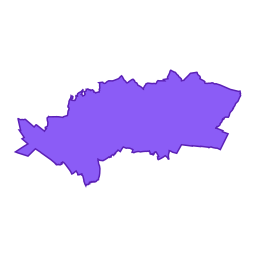 Scoarta, Gorj, Romania (Robinson projection)
{"feature_id": "2599482B81559571756333", "entity_name": "Scoarta", "entity_type": "district", "adm_level": 2, "iso_a3": "ROU", "parent_name": "Romania", "parent_adm1": "Gorj", "projection": "robinson", "projection_center": [23.445, 45.024], "detail": "fine", "context": "isolated", "style": "filled", "palette": "violet", "viewbox_px": 256, "rotation_deg": 0, "n_neighbors": 0, "source": "geoboundaries", "source_scale": "gbopen_adm2", "svg_char_len": 5577}
<svg xmlns="http://www.w3.org/2000/svg" viewBox="0 0 256 256"><path d="M85.8,185.7L85.9,185.3L86.2,185.2L86.2,184.8L86.6,184.5L87.4,184.4L87.8,184.7L88.7,184.3L88.8,183.8L89.3,183.7L89.2,183.6L89.2,183.2L89.5,183.2L89.7,182.5L90.0,182.7L90.4,182.6L90.1,182.3L90.7,182.2L91.3,181.6L91.7,181.6L91.9,182.0L92.2,182.1L92.6,181.7L93.2,181.8L93.4,181.5L93.7,181.5L93.6,182.0L94.1,182.0L94.1,181.7L94.3,181.7L94.8,181.8L94.8,181.6L96.0,181.5L97.0,180.5L97.3,180.1L98.5,179.7L98.6,178.0L99.1,176.9L99.4,175.6L99.7,173.4L99.9,168.7L99.5,165.9L98.7,164.0L98.4,161.8L98.0,160.5L98.0,159.2L99.8,160.3L103.0,160.7L103.4,160.4L104.9,159.7L108.1,157.6L109.0,156.9L109.6,157.4L110.0,157.0L110.5,157.1L111.1,157.0L111.2,156.7L110.9,156.1L111.3,155.6L113.0,154.5L113.7,155.3L114.0,154.7L115.4,153.6L115.0,153.2L117.5,150.8L118.0,150.1L120.3,151.6L122.0,148.7L123.3,147.0L126.2,148.2L127.1,148.0L129.8,148.2L132.9,149.6L132.1,152.3L132.7,152.3L133.9,152.7L134.9,152.2L137.1,151.6L138.9,151.5L140.3,151.9L143.0,151.5L145.7,151.3L146.8,151.4L147.5,151.2L148.4,151.2L148.7,151.4L149.4,151.0L150.1,152.6L150.0,152.9L150.2,153.9L150.7,154.0L151.1,154.3L151.5,154.2L151.9,153.8L152.8,153.9L152.7,154.2L152.6,154.6L153.2,154.9L153.4,154.7L153.1,154.5L153.9,154.1L154.1,153.3L154.5,153.0L154.3,152.6L154.5,152.4L154.8,152.2L155.1,152.3L155.4,151.9L155.8,152.1L156.1,152.0L156.7,152.9L158.6,156.4L157.5,156.9L157.7,157.2L157.7,158.8L158.3,159.6L160.4,158.7L163.4,157.0L165.2,155.7L167.4,157.5L168.3,159.1L168.9,158.9L168.5,157.5L168.4,155.3L168.6,153.9L169.2,151.9L169.2,150.6L170.3,150.9L172.6,152.2L176.7,153.3L181.5,144.7L192.4,146.1L192.4,145.7L200.6,146.6L200.7,146.3L208.3,147.2L208.9,147.7L210.4,147.0L211.5,147.0L211.9,147.3L213.5,147.7L215.6,148.1L217.3,148.2L220.3,149.6L228.1,133.8L222.4,131.7L222.9,130.7L216.7,128.3L215.8,128.2L215.9,127.8L216.5,127.3L216.9,127.2L216.9,126.8L217.0,126.5L217.9,126.6L218.2,126.5L219.7,125.2L220.1,124.5L220.1,123.6L220.6,123.3L220.6,123.0L221.8,121.8L222.2,120.5L222.4,120.3L222.3,120.1L222.5,119.4L222.8,119.8L223.4,119.1L223.6,119.2L223.9,119.0L223.9,118.8L224.1,118.6L224.0,118.0L224.9,117.4L225.5,117.1L228.4,117.2L229.2,115.6L229.7,113.5L230.4,112.2L232.3,110.1L233.3,108.5L233.0,108.3L234.6,106.0L235.1,105.0L235.6,103.6L238.0,101.2L239.7,97.2L240.6,95.7L240.1,93.7L240.5,93.6L240.0,91.1L238.6,91.4L230.3,89.4L220.4,85.1L216.0,83.7L215.3,83.9L214.2,83.8L212.9,82.9L211.5,82.9L210.3,83.3L208.7,83.2L207.5,83.4L205.3,83.3L204.9,83.1L204.7,82.5L204.8,81.6L203.9,80.9L199.9,78.7L200.3,77.6L199.9,76.3L199.3,75.9L197.8,74.5L197.4,73.6L197.1,72.5L196.9,72.3L190.4,73.3L188.3,75.6L184.8,79.1L183.8,80.4L183.4,80.3L181.5,80.8L181.4,79.4L181.1,78.6L180.2,77.9L179.9,77.4L178.9,76.8L178.5,76.1L178.3,75.5L177.3,74.8L176.4,73.8L176.0,73.1L175.4,72.7L174.9,72.1L174.0,72.0L174.1,72.3L173.3,71.5L172.6,71.3L171.0,70.3L170.6,70.3L170.1,71.1L169.6,72.9L168.4,75.5L167.6,76.8L167.5,77.4L167.9,78.7L163.5,79.5L164.7,80.8L159.1,80.8L158.0,80.6L157.0,81.6L156.5,82.9L155.8,83.7L154.1,83.4L152.2,83.6L147.8,83.1L147.1,83.5L146.3,83.6L146.0,83.8L145.5,84.9L144.4,86.3L144.0,87.3L143.6,87.8L143.4,88.4L143.4,89.2L143.2,89.1L142.3,88.0L140.5,86.5L139.6,86.2L139.2,85.8L138.0,85.3L137.3,83.9L136.7,82.9L135.6,82.5L134.8,81.7L134.6,81.3L134.5,80.6L133.6,80.0L133.7,79.8L133.4,79.4L132.6,79.3L131.9,79.6L128.8,81.7L128.6,82.1L127.4,82.8L126.9,82.9L126.5,82.6L126.2,82.1L125.9,81.9L125.5,81.2L124.0,79.9L123.5,78.8L122.8,77.6L122.6,77.1L121.6,75.8L120.5,76.6L119.2,78.1L118.2,78.8L114.1,80.4L112.5,80.9L108.7,80.8L107.0,81.7L105.4,83.2L104.4,83.4L103.3,83.1L102.8,82.3L102.5,82.2L98.9,82.7L99.5,83.2L99.7,83.6L99.6,86.0L99.8,87.2L99.7,88.4L99.2,89.3L99.6,90.1L99.5,90.6L99.0,91.5L99.1,92.0L97.3,92.3L95.5,92.9L95.1,92.4L94.5,92.1L94.0,92.2L93.6,91.5L93.8,91.2L93.7,90.8L92.5,89.8L91.7,90.0L90.7,90.5L90.0,89.7L89.1,89.9L88.6,89.3L87.8,89.0L87.6,89.0L87.3,89.3L86.2,89.3L86.3,90.1L86.0,91.0L84.1,91.8L84.6,92.4L84.5,92.8L85.0,93.5L84.8,93.8L85.0,94.5L84.3,95.3L82.9,96.0L82.2,94.8L81.3,94.5L81.6,94.2L82.2,92.5L81.6,92.2L83.0,90.7L83.0,89.8L82.9,89.7L81.1,91.6L78.9,92.7L77.7,93.7L77.3,94.8L77.3,95.5L77.4,96.1L76.0,95.7L75.9,96.5L76.1,97.6L75.9,98.6L75.5,99.2L75.2,99.5L75.1,100.3L74.8,100.5L72.5,100.4L71.2,100.0L71.4,99.3L72.6,98.5L72.9,96.6L72.5,96.3L72.3,96.8L72.1,96.8L71.6,96.5L71.2,95.8L71.1,95.7L71.0,96.2L71.1,96.6L70.7,97.8L70.7,98.4L70.0,99.1L69.2,100.8L69.0,101.5L68.9,103.2L68.7,103.6L68.6,104.4L67.9,106.1L68.1,107.2L68.7,107.3L68.8,108.0L69.1,108.7L68.7,109.6L68.7,110.2L68.1,110.9L67.7,114.4L67.4,115.5L63.3,116.8L62.9,117.4L58.9,116.8L56.9,116.7L51.4,116.8L49.3,116.8L48.6,116.5L48.4,117.0L47.4,117.6L47.1,118.1L47.3,120.4L47.9,122.4L47.7,125.1L47.2,126.5L45.3,127.3L45.2,127.9L45.3,128.2L46.3,128.7L45.0,130.2L44.5,131.2L36.8,125.1L36.3,124.8L36.0,124.8L34.1,127.0L25.4,119.4L25.0,119.3L23.7,119.7L22.1,119.5L20.8,119.7L19.8,119.5L18.6,118.7L18.1,118.7L18.1,119.2L20.6,130.3L19.2,130.1L24.2,137.5L22.0,138.8L27.9,143.9L23.8,146.4L15.4,151.9L17.4,152.7L28.0,156.1L35.4,148.8L40.4,152.1L41.2,152.8L50.8,159.6L55.5,163.5L55.3,163.6L56.4,164.8L56.9,164.6L57.7,164.7L58.3,164.4L59.0,164.8L60.4,164.8L60.5,164.7L60.3,164.4L60.4,164.2L61.2,164.4L61.9,164.0L61.8,163.7L61.7,163.0L61.8,162.8L61.7,162.7L62.0,162.6L62.3,162.8L62.4,162.5L62.6,162.8L63.0,162.3L63.5,162.3L65.3,164.2L69.6,170.0L70.7,171.7L71.8,174.0L73.3,173.3L76.1,171.0L77.6,173.4L77.8,174.8L78.0,174.9L78.7,174.7L79.0,174.8L81.8,173.9L82.0,174.6L81.8,174.8L81.7,175.0L82.7,175.7L82.9,176.2L83.8,179.8L84.0,181.5L84.4,182.5L84.8,183.8L85.8,185.7Z" fill="#8b5cf6" stroke="#5b21b6" stroke-width="1.5"/></svg>